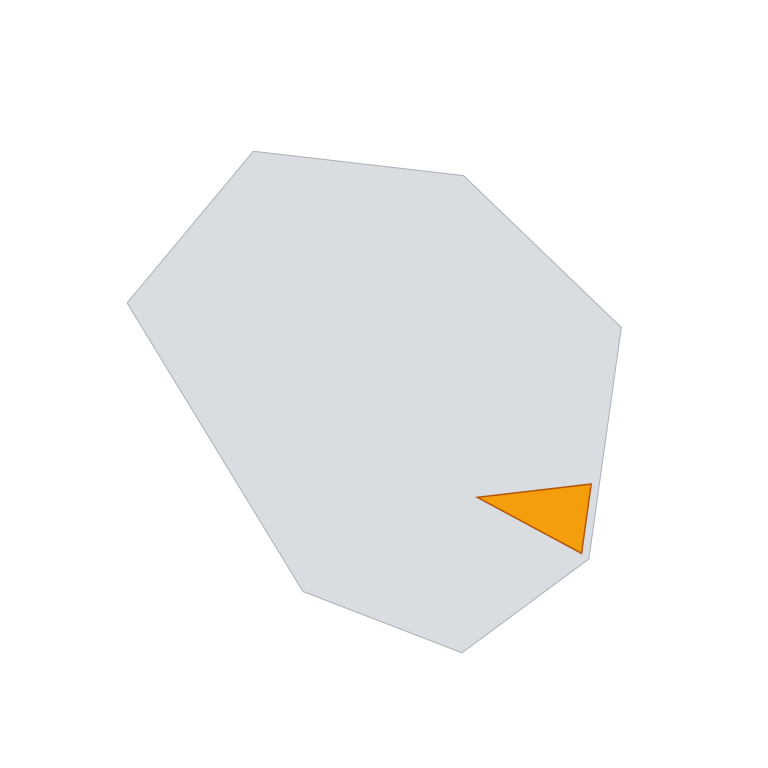 where Anetan sits in Nauru, rotated 119°
{"feature_id": "NRU-4978", "entity_name": "Anetan", "entity_type": "state/province", "adm_level": 1, "iso_a3": "NRU", "parent_name": "Nauru", "parent_adm1": "", "projection": "orthographic", "projection_center": [166.935, -0.497], "detail": "fine", "context": "in_parent", "style": "filled", "palette": "amber", "viewbox_px": 768, "rotation_deg": 119, "n_neighbors": 0, "source": "natural_earth", "source_scale": "10m", "svg_char_len": 377}
<svg xmlns="http://www.w3.org/2000/svg" viewBox="0 0 768 768"><g transform="rotate(119 384 384)"><path d="M604.8,354.2L437.7,648.0L243.8,611.1L163.2,415.5L219.5,203.9L437.7,120.0L581.3,185.5L604.8,354.2Z" fill="#d9dde1" stroke="#a8b0b8" stroke-width="1"/><path d="M371.0,154.3L436.4,129.1L437.9,247.5L371.0,154.3Z" fill="#f59e0b" stroke="#b45309" stroke-width="1.5"/></g></svg>